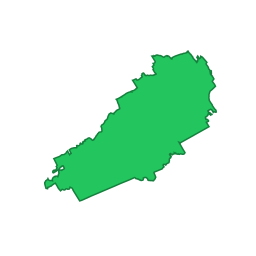 the district of Colonesti, Olt, Romania, rotated 69°
{"feature_id": "2599482B35257867577433", "entity_name": "Colonesti", "entity_type": "district", "adm_level": 2, "iso_a3": "ROU", "parent_name": "Romania", "parent_adm1": "Olt", "projection": "mercator", "projection_center": [24.671, 44.623], "detail": "fine", "context": "isolated", "style": "filled", "palette": "green", "viewbox_px": 256, "rotation_deg": 69, "n_neighbors": 0, "source": "geoboundaries", "source_scale": "gbopen_adm2", "svg_char_len": 5740}
<svg xmlns="http://www.w3.org/2000/svg" viewBox="0 0 256 256"><g transform="rotate(69 128 128)"><path d="M178.8,199.2L178.9,196.8L178.3,186.7L177.4,161.0L177.1,154.9L176.9,144.9L176.6,139.6L177.0,139.2L178.1,138.8L178.6,137.8L179.0,137.6L179.2,137.0L179.7,136.4L180.6,136.0L180.9,135.2L181.5,134.9L181.8,134.3L182.0,132.9L181.8,132.4L181.2,132.1L180.7,131.6L180.2,131.6L180.1,130.4L180.6,129.1L180.9,128.7L182.3,128.0L182.8,127.9L183.5,128.2L184.6,127.2L184.7,126.4L185.3,125.7L185.7,124.3L186.3,123.6L186.4,123.0L185.6,121.9L185.1,120.8L183.7,119.8L183.7,119.7L179.1,119.8L178.7,119.6L178.6,119.3L178.4,111.0L178.2,110.4L177.5,109.6L177.2,108.3L175.4,108.6L174.7,108.0L175.2,106.7L176.0,106.2L175.8,105.8L175.9,105.5L175.4,105.3L175.2,104.6L175.2,103.5L175.0,102.8L175.0,102.2L173.0,100.9L171.9,100.6L171.3,99.9L171.2,99.1L170.7,99.0L170.5,98.2L170.0,98.2L169.8,97.8L169.5,97.8L168.9,98.4L168.4,98.1L168.4,98.6L167.5,98.7L167.1,98.2L167.1,97.5L167.7,97.4L168.1,96.5L168.9,96.1L168.6,95.1L168.7,94.1L167.8,93.7L168.7,93.3L168.8,93.0L168.6,92.6L169.1,92.7L169.2,92.2L169.9,91.7L170.2,91.1L170.1,90.4L170.6,90.2L171.0,89.5L170.9,88.2L172.0,86.6L172.4,85.3L172.1,84.4L171.4,83.6L167.2,84.4L159.6,85.5L160.7,84.3L160.5,84.1L159.7,78.5L155.8,51.9L150.7,52.8L150.6,50.6L150.4,50.3L150.1,50.2L149.4,50.3L149.0,50.7L148.4,50.9L148.2,51.8L147.7,51.8L147.6,52.2L146.2,52.1L146.0,51.7L145.5,51.6L145.3,50.1L144.7,48.8L143.7,48.3L143.5,47.9L143.9,47.6L144.0,47.1L144.7,46.8L144.8,46.4L145.6,46.2L145.4,45.6L145.5,44.8L145.3,44.6L145.1,44.7L144.9,45.4L143.7,45.8L143.1,46.1L142.4,46.7L142.2,47.2L140.7,47.3L140.2,45.4L140.3,44.7L140.2,44.1L140.6,43.8L140.8,43.4L143.9,42.8L143.5,42.1L144.6,40.7L144.7,39.9L143.3,39.6L142.2,39.7L141.7,40.2L138.2,41.0L137.3,41.2L136.3,41.1L134.1,41.7L131.4,42.2L128.5,41.6L127.5,41.0L125.9,40.5L123.1,38.3L122.1,35.4L120.4,31.4L118.2,31.6L114.8,32.6L114.4,32.3L113.0,30.2L109.3,30.8L109.1,31.1L107.4,31.6L107.4,31.2L106.8,31.5L106.1,31.4L107.2,30.9L107.3,30.7L104.6,29.8L104.3,29.9L104.3,30.4L104.0,30.7L102.8,31.0L102.1,31.3L101.4,31.5L100.6,31.3L99.2,31.4L96.8,32.1L96.0,32.1L95.0,30.8L88.9,33.0L87.9,33.6L88.0,34.1L87.1,34.4L87.3,34.6L87.9,34.5L88.2,34.8L88.6,35.4L88.8,36.4L85.8,37.1L86.8,38.4L88.6,38.0L89.3,38.2L89.7,38.7L90.5,38.9L90.8,39.5L89.6,40.1L91.2,39.9L91.5,40.3L87.4,41.6L87.0,42.0L85.3,42.3L85.2,42.1L84.3,42.2L83.9,42.5L81.7,43.0L81.5,43.4L80.3,43.6L79.9,44.0L77.7,44.4L77.8,45.3L78.6,45.3L78.7,45.8L78.6,48.0L78.2,49.6L78.4,51.3L78.1,51.5L78.0,51.8L77.9,54.2L77.8,58.1L78.1,61.6L79.2,62.0L79.2,62.3L79.0,62.8L75.8,64.1L75.3,64.5L74.6,65.4L75.0,65.6L74.4,66.2L74.3,67.5L74.8,68.6L74.7,69.3L74.4,69.6L72.1,71.6L71.7,72.6L70.3,74.6L70.4,74.9L70.1,75.3L70.1,76.0L70.5,77.1L70.0,77.6L70.4,77.7L70.2,78.1L70.1,78.7L69.6,79.0L69.6,79.4L69.7,79.7L69.6,79.9L75.7,78.8L76.7,79.5L76.9,81.1L76.8,81.4L78.5,81.2L79.4,83.3L81.4,82.9L82.3,83.2L82.4,83.7L82.7,83.7L86.1,83.1L87.4,82.4L87.8,82.5L87.8,84.2L88.0,85.1L87.6,85.4L87.7,86.1L87.6,86.5L86.7,88.1L86.7,89.2L86.2,90.2L85.6,91.0L85.6,92.4L84.9,93.1L84.6,93.0L84.2,93.3L82.6,93.6L82.1,94.1L82.4,95.5L83.2,95.7L83.8,96.6L84.0,96.7L85.3,96.4L85.5,96.6L85.9,98.6L86.5,99.7L86.7,101.6L86.6,102.4L85.1,102.8L85.0,103.0L85.2,106.0L85.1,106.6L93.8,104.9L93.9,105.9L94.3,106.3L94.3,106.7L94.8,107.7L95.1,109.7L94.8,110.7L94.9,111.7L95.6,111.6L95.3,112.2L94.9,112.6L95.1,113.4L94.9,114.7L95.1,117.3L95.6,118.9L96.3,122.5L96.6,122.7L96.4,122.9L97.0,126.5L97.0,128.7L98.3,128.3L100.9,128.5L103.1,128.3L105.8,128.7L106.4,128.5L107.0,128.8L107.3,130.6L107.5,132.4L108.5,134.3L108.9,135.6L109.8,136.2L107.8,138.7L108.1,139.1L108.0,139.6L108.2,140.6L109.9,142.4L111.9,143.9L112.5,144.9L112.8,146.1L113.3,147.2L114.0,147.5L115.1,149.0L115.5,149.7L115.8,151.4L116.7,152.5L117.1,152.7L118.3,152.5L119.1,152.7L121.5,153.4L121.9,153.9L122.0,154.6L121.6,156.2L121.7,156.9L122.2,157.4L122.5,158.4L123.2,159.0L123.6,160.1L125.3,162.1L125.7,163.0L126.3,163.4L126.3,164.1L126.8,164.4L126.7,164.7L126.8,165.4L126.7,165.7L125.3,166.2L123.5,167.5L123.3,167.9L123.2,168.7L123.4,169.9L123.7,170.3L123.7,171.4L123.5,171.9L123.6,172.4L124.1,172.8L124.6,172.7L124.5,173.1L124.8,173.2L124.8,173.9L124.9,174.2L124.7,174.4L125.0,174.8L124.8,175.0L125.2,175.2L125.4,175.0L125.9,175.4L125.7,175.7L126.5,175.9L126.3,177.2L125.1,177.8L125.2,178.2L126.2,178.6L126.8,179.7L126.8,180.9L126.5,181.2L126.4,181.6L126.1,181.7L126.0,182.2L127.5,182.6L128.0,182.9L127.2,185.3L127.0,186.5L126.8,188.2L127.3,190.6L131.4,190.2L131.5,191.3L132.0,192.1L129.6,192.5L127.8,192.6L128.4,194.0L129.2,194.8L129.9,197.1L129.3,199.5L130.0,202.1L130.0,208.2L137.4,207.5L138.3,208.8L139.7,208.5L140.0,208.8L141.4,210.6L141.4,211.6L140.8,212.0L141.1,213.3L142.1,214.1L142.9,214.0L143.2,213.5L142.9,212.4L142.7,210.9L141.7,207.4L141.7,206.8L140.5,205.4L140.3,204.7L140.4,203.9L140.3,203.6L140.0,203.6L140.0,203.3L139.8,202.8L140.3,202.0L142.5,202.0L142.7,201.8L143.0,202.0L143.4,202.8L143.4,203.7L143.8,205.1L143.2,205.4L143.0,207.0L143.1,208.0L144.3,208.5L145.6,208.6L146.3,209.6L147.4,210.0L147.9,210.8L148.2,210.9L148.3,211.0L147.5,211.4L147.1,212.7L147.2,213.1L147.4,213.3L147.3,213.8L147.0,213.8L147.3,215.4L148.2,216.6L149.0,217.1L150.2,217.4L149.4,218.4L149.2,219.7L148.1,220.8L146.6,220.9L147.1,221.4L147.4,222.1L147.8,223.7L148.5,224.4L149.0,225.2L149.9,225.6L151.5,225.9L155.0,226.2L155.9,224.8L155.7,224.6L155.0,224.5L154.7,224.3L154.8,222.5L154.5,221.2L154.7,220.4L154.2,219.4L153.6,217.0L153.5,215.6L156.5,215.0L159.5,214.6L162.5,213.5L161.7,211.5L161.9,211.0L162.7,210.3L163.1,209.6L163.1,208.9L162.6,207.5L162.9,206.8L163.6,206.2L163.9,204.9L163.9,204.6L163.4,203.9L162.5,203.4L162.9,202.8L163.9,201.9L165.1,201.6L166.0,201.4L166.3,201.6L178.8,199.2Z" fill="#22c55e" stroke="#15803d" stroke-width="1.5"/></g></svg>